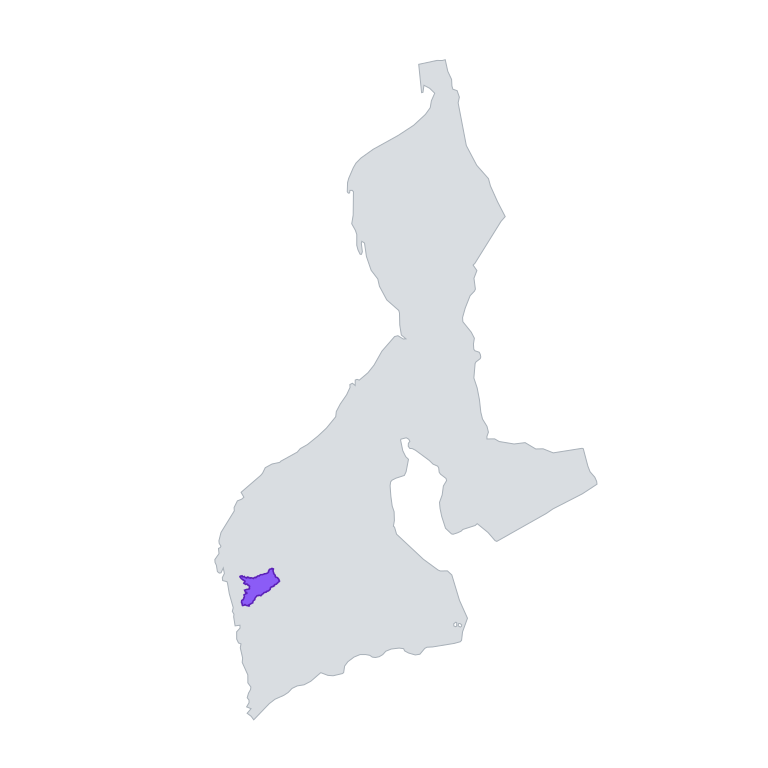 Erati, Nampula, Mozambique shown in context, rotated 171°
{"feature_id": "85939544B1665883546251", "entity_name": "Erati", "entity_type": "district", "adm_level": 2, "iso_a3": "MOZ", "parent_name": "Mozambique", "parent_adm1": "Nampula", "projection": "albers", "projection_center": [39.844, -13.887], "detail": "fine", "context": "in_parent", "style": "filled", "palette": "violet", "viewbox_px": 768, "rotation_deg": 171, "n_neighbors": 0, "source": "geoboundaries", "source_scale": "gbopen_adm2", "svg_char_len": 9027}
<svg xmlns="http://www.w3.org/2000/svg" viewBox="0 0 768 768"><g transform="rotate(171 384 384)"><path d="M238.1,530.4L243.0,526.3L275.3,489.0L277.4,487.5L274.5,481.5L278.6,474.4L278.9,463.4L280.1,461.6L285.1,457.8L291.9,446.3L296.0,437.4L296.4,433.2L289.7,421.5L287.6,415.1L289.4,409.5L289.9,404.3L289.0,402.6L285.0,400.5L284.3,398.3L284.2,395.5L285.0,394.0L289.7,391.4L290.8,390.0L294.3,375.9L292.6,365.5L292.2,353.5L292.8,341.0L292.2,334.0L288.9,326.0L288.4,320.1L290.6,316.0L290.9,313.6L283.3,312.5L279.3,309.2L264.9,304.4L253.8,304.0L244.3,296.1L237.0,295.1L227.6,289.5L198.4,289.5L197.3,288.9L195.5,271.0L194.2,265.1L190.4,259.0L189.2,254.6L189.3,251.7L205.3,244.5L236.7,234.2L243.6,230.9L297.2,210.9L298.8,211.9L304.5,221.1L313.8,231.5L316.0,230.0L328.9,228.0L330.8,226.6L334.7,225.5L339.3,224.8L340.8,225.4L345.8,231.9L347.7,244.1L348.1,252.4L347.7,258.4L343.9,265.3L341.3,274.0L337.3,278.8L337.5,281.0L342.3,286.1L343.3,288.2L343.1,292.7L343.9,294.5L348.1,297.2L351.2,301.4L363.2,313.6L366.2,315.8L368.6,316.3L369.8,318.7L369.2,321.6L367.4,323.3L368.2,325.6L370.4,327.4L375.8,326.9L376.4,326.1L375.9,315.2L373.9,308.8L371.6,305.8L375.9,293.9L378.2,290.5L387.0,289.1L391.0,287.8L392.7,286.4L393.9,282.6L394.8,272.0L395.0,262.1L394.0,256.3L395.1,247.5L397.0,242.0L396.0,241.0L395.1,233.7L372.5,204.7L359.7,191.8L357.6,190.5L350.6,189.5L346.9,184.8L343.3,158.5L338.2,139.6L345.2,126.9L347.5,118.7L349.0,117.5L355.2,116.8L377.2,116.7L382.7,117.3L385.1,116.5L390.8,111.5L395.5,111.5L401.9,114.5L405.4,117.2L406.0,119.5L410.3,120.8L418.3,121.1L424.0,119.8L427.6,116.9L431.4,115.4L435.3,115.2L438.3,116.1L440.4,118.2L444.3,119.6L450.0,120.5L456.3,119.0L463.1,115.4L467.0,111.6L469.0,105.3L470.3,104.5L479.9,103.8L485.0,105.0L491.6,108.8L502.9,101.8L510.1,99.4L516.9,99.4L522.5,97.7L526.9,94.3L531.6,92.2L541.0,89.7L547.4,86.2L565.2,72.7L567.2,76.6L570.7,80.2L566.1,84.1L570.2,86.6L567.1,90.4L566.8,93.0L568.2,95.5L566.2,99.8L563.6,103.1L562.9,105.6L565.2,110.1L564.0,118.0L567.6,131.2L566.5,135.5L567.2,145.9L565.9,149.7L568.2,151.0L569.4,155.1L568.3,162.3L564.4,165.4L564.0,168.3L568.9,168.4L568.9,177.5L568.2,180.1L569.4,183.2L567.9,186.6L569.6,201.1L569.7,211.7L570.0,213.3L574.1,215.1L574.0,218.0L571.3,221.8L571.5,227.5L574.5,223.0L576.3,223.0L577.9,224.8L577.9,231.1L578.8,234.3L578.5,237.1L573.5,242.3L573.2,247.5L571.3,248.1L570.4,249.4L571.7,252.3L571.6,254.9L568.2,262.9L551.7,282.1L551.4,285.4L547.1,291.5L542.6,292.5L540.1,294.1L542.1,299.4L520.1,313.0L517.9,314.9L514.4,319.9L507.1,322.5L499.3,322.9L498.0,323.9L480.3,330.3L476.8,333.3L469.2,336.1L457.4,342.9L447.8,349.4L436.8,359.2L435.4,364.3L430.3,371.1L422.6,379.2L418.1,385.9L417.8,388.8L415.1,389.7L412.7,387.0L411.8,392.4L409.9,392.8L407.8,391.7L398.1,397.6L390.9,404.2L380.9,416.8L366.1,429.2L362.7,429.5L357.9,425.4L355.3,425.2L359.2,429.7L359.2,439.8L357.6,451.7L357.9,454.3L368.1,466.6L373.2,481.2L373.7,488.7L378.9,498.3L381.4,512.7L381.2,526.3L383.6,528.4L384.4,526.4L384.7,518.0L386.0,515.6L387.3,515.9L388.7,520.5L389.2,525.3L387.5,535.9L388.2,540.2L390.8,547.3L388.0,555.7L384.1,578.7L385.1,580.2L387.4,580.6L388.1,578.1L389.4,578.1L390.2,579.6L388.5,588.6L386.7,592.6L380.5,602.4L377.1,606.6L371.4,610.8L358.0,617.5L331.1,627.3L314.2,634.9L300.9,643.8L295.1,649.7L292.9,656.3L288.4,663.3L292.6,668.9L297.8,672.8L299.9,666.0L301.3,665.9L299.7,694.3L281.2,695.3L275.8,694.4L272.8,694.7L272.1,682.9L269.6,674.2L270.3,667.8L269.9,664.4L265.9,662.3L264.7,655.5L266.8,650.1L265.4,606.6L258.2,585.5L248.7,570.5L247.9,563.0L243.3,546.1L238.1,530.4ZM350.3,137.5L352.6,136.3L352.9,134.2L351.4,133.1L350.1,133.4L349.5,136.9L350.3,137.5ZM348.6,133.6L346.7,132.0L345.4,132.5L344.9,133.9L346.4,135.6L347.9,135.6L348.6,133.6Z" fill="#d9dde1" stroke="#a8b0b8" stroke-width="1"/><path d="M522.9,202.9L522.8,203.0L522.7,203.0L522.4,203.1L522.0,203.2L521.7,203.1L521.2,203.4L521.2,203.6L520.9,203.9L520.6,203.9L520.4,204.1L520.2,204.1L519.9,204.3L519.9,204.5L519.6,204.7L519.3,204.9L519.0,205.0L518.9,205.0L518.6,205.1L518.5,205.4L518.0,205.6L518.0,205.9L518.2,206.2L518.5,206.4L518.5,206.9L518.3,206.9L518.3,207.1L518.3,207.4L518.5,207.7L518.6,207.9L518.8,208.0L518.9,208.4L518.9,208.6L519.0,208.7L519.3,208.7L519.5,209.3L519.9,209.7L520.2,209.9L520.7,209.9L520.7,210.0L520.8,210.1L521.0,210.2L521.3,210.4L521.5,210.6L521.4,210.8L521.5,211.1L521.5,211.6L521.3,212.0L521.5,212.2L521.6,212.3L521.7,212.6L521.7,212.8L521.8,213.0L522.0,213.1L522.4,213.5L522.4,213.8L522.4,214.2L522.4,214.4L522.6,214.5L522.5,214.8L522.7,215.7L522.8,215.9L522.8,216.1L522.7,216.5L522.8,216.8L522.8,217.1L522.4,217.9L522.1,218.6L522.4,218.9L522.6,219.0L523.2,218.8L523.4,219.0L523.5,219.4L523.9,219.4L524.2,219.2L524.4,219.1L524.5,218.9L525.0,219.0L525.3,219.0L525.5,218.9L526.1,218.9L526.3,218.7L526.4,218.4L526.5,218.4L526.6,218.1L527.0,217.6L527.0,217.4L527.4,217.2L527.4,216.9L527.5,216.7L527.5,216.3L527.8,216.2L527.9,215.9L528.4,215.6L528.9,215.4L529.5,215.4L529.8,215.2L531.5,215.2L531.8,215.3L532.0,215.1L532.3,215.0L532.8,215.0L533.5,214.8L533.6,214.7L534.2,214.8L534.6,214.8L535.2,214.9L535.5,215.0L536.4,214.7L536.5,214.5L537.3,214.0L537.4,213.9L537.8,214.1L538.4,214.2L538.9,214.1L539.1,214.0L539.1,213.8L539.2,213.7L539.5,213.7L540.0,213.4L540.2,213.2L540.5,213.0L540.5,212.9L540.9,212.7L541.1,212.8L541.2,213.1L541.3,213.3L541.7,213.3L541.9,213.1L542.3,213.0L542.6,213.0L542.8,212.9L543.0,212.7L543.3,212.4L543.5,212.3L543.7,212.5L544.1,212.7L544.4,212.9L544.6,213.0L544.8,213.2L545.0,213.2L545.3,213.2L545.7,213.5L545.9,213.5L546.1,213.3L546.2,213.2L546.4,213.1L546.6,213.4L547.5,213.5L547.8,214.2L548.3,214.4L548.9,214.7L549.1,214.7L549.1,214.3L549.1,214.1L549.3,214.1L549.7,214.2L549.8,214.2L550.0,214.2L550.4,213.9L550.8,214.4L551.7,215.0L551.9,215.2L552.0,215.5L552.1,215.8L552.6,215.7L552.8,215.6L553.1,215.5L553.8,215.7L553.9,216.4L554.0,216.6L554.4,216.4L554.5,216.4L554.8,216.7L555.1,216.9L555.5,216.7L556.0,216.6L556.2,216.4L556.4,216.4L556.4,216.1L556.3,215.6L556.1,215.3L555.7,214.9L555.6,214.4L555.4,214.1L554.3,213.0L554.2,212.7L553.8,212.7L553.6,212.6L553.1,211.8L552.1,211.1L552.1,210.8L552.2,210.6L552.5,210.3L552.7,210.0L552.7,209.7L552.8,209.4L553.2,209.4L553.3,209.4L553.3,209.1L553.5,208.9L553.3,208.8L553.2,208.9L553.2,209.0L553.0,208.8L552.9,208.4L552.4,208.2L552.1,208.0L552.0,207.7L551.4,207.8L551.0,208.0L550.7,207.8L550.6,207.7L550.2,207.6L550.1,207.4L550.2,207.1L549.9,206.9L549.8,206.7L549.7,206.6L549.7,206.4L549.2,206.3L549.0,206.2L549.0,205.8L548.9,205.7L548.7,205.6L548.4,205.3L548.5,205.2L548.6,204.9L548.7,204.2L549.0,203.6L549.0,203.4L548.8,203.1L548.9,202.8L549.0,202.8L549.4,202.6L549.6,202.7L550.3,202.5L551.2,202.6L551.5,202.5L551.9,202.6L552.0,202.5L552.6,202.5L553.1,202.3L554.0,202.2L553.8,201.4L553.6,200.9L553.5,200.4L553.4,200.1L553.4,199.7L553.2,199.6L552.6,199.6L552.3,199.7L552.2,199.3L552.1,198.8L552.2,198.6L552.3,198.6L553.5,198.4L554.5,197.9L554.8,197.8L555.0,197.7L555.2,197.8L555.3,197.7L555.2,197.3L555.3,197.0L555.1,196.3L555.2,195.9L555.2,195.7L555.3,195.6L555.3,195.4L555.6,195.1L555.6,194.9L555.9,194.8L556.0,194.2L556.1,193.9L556.3,193.7L556.8,193.4L556.7,193.2L557.2,192.7L557.6,192.7L558.2,192.6L558.3,192.5L558.4,192.4L558.6,191.8L558.8,191.0L558.7,190.4L558.9,190.2L558.5,189.6L558.6,189.4L558.6,188.8L558.4,188.7L558.5,188.2L558.4,188.0L558.4,187.9L558.5,187.8L558.5,187.5L558.5,187.4L558.2,187.2L557.6,187.3L557.4,187.3L557.1,187.4L556.5,187.4L556.2,187.7L556.1,187.9L555.7,187.9L555.3,187.4L555.2,187.2L554.8,187.0L554.6,186.8L554.0,186.6L553.7,186.6L553.3,186.6L553.2,186.5L553.0,186.2L552.9,186.0L552.2,185.9L551.7,185.9L551.7,186.0L552.0,186.7L552.1,186.9L552.0,187.1L551.8,187.2L551.4,187.2L550.7,187.4L549.7,187.9L549.2,187.9L549.0,188.1L548.6,188.2L547.8,188.4L547.8,188.6L547.8,189.0L547.5,189.5L547.4,189.7L547.1,190.2L546.9,190.4L546.6,190.6L546.4,190.7L546.1,190.8L545.8,190.9L545.3,191.2L545.3,191.3L545.3,191.6L545.4,191.8L545.3,192.1L544.9,192.5L544.4,193.2L544.1,193.4L543.9,193.6L543.7,193.8L543.3,194.0L543.1,194.2L542.9,194.4L542.8,194.6L542.6,194.8L542.4,194.8L542.2,194.8L541.9,194.8L541.6,194.6L541.1,194.9L540.8,194.7L540.5,194.8L540.2,194.7L540.0,194.8L539.5,194.5L539.3,194.5L539.0,194.2L538.7,194.1L538.5,194.3L538.4,194.6L538.0,194.8L537.6,194.9L537.5,195.0L537.4,195.3L536.9,195.6L536.0,195.8L535.8,196.0L535.7,196.3L535.3,196.6L535.1,196.8L534.9,196.8L534.7,196.7L534.4,196.8L534.1,196.7L533.9,196.8L533.5,197.0L533.4,196.9L533.1,196.8L532.9,196.8L532.5,197.1L532.4,197.3L532.2,197.6L531.8,197.5L531.7,197.6L531.3,197.7L530.9,197.6L530.6,197.7L530.5,197.8L530.1,197.9L530.0,198.0L529.9,198.1L529.4,198.4L529.3,198.6L529.2,198.7L528.9,198.8L528.7,198.8L528.5,199.0L528.4,199.3L528.4,199.7L528.3,200.0L528.1,200.1L528.1,200.4L527.8,200.5L527.6,200.8L527.4,200.8L527.2,201.0L527.0,201.3L526.6,201.3L526.3,201.1L526.0,201.2L525.9,201.3L525.5,201.5L525.3,201.3L525.0,201.4L524.9,201.4L524.8,201.7L524.5,201.7L524.4,201.9L524.1,201.9L523.9,201.9L523.9,202.1L523.9,202.5L523.6,202.7L523.4,202.7L523.2,203.0L522.9,202.9Z" fill="#8b5cf6" stroke="#5b21b6" stroke-width="1.5"/></g></svg>